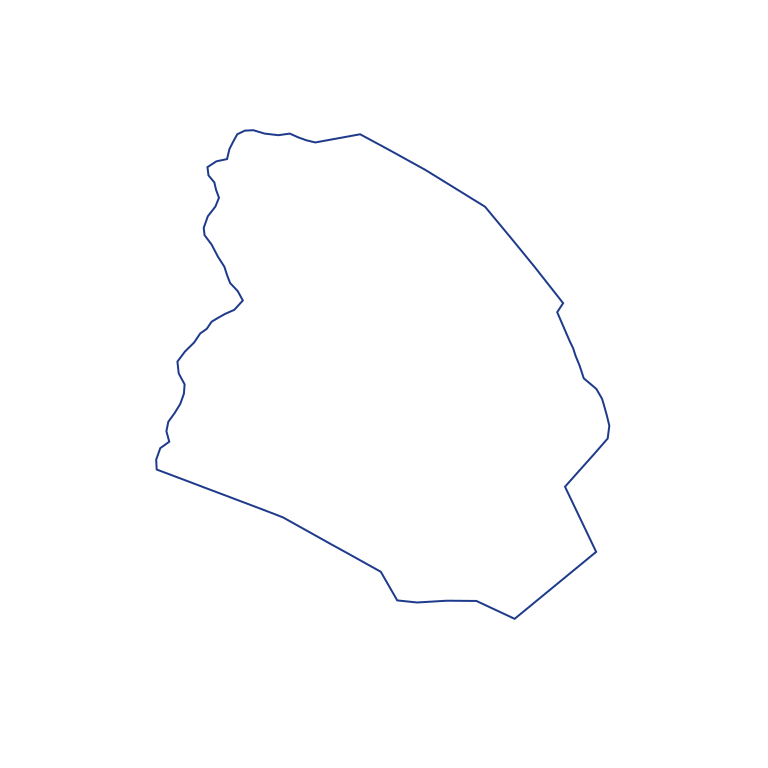 the district of Barreira, Ceará, Brazil, rotated 126°
{"feature_id": "56859067B94020950784274", "entity_name": "Barreira", "entity_type": "district", "adm_level": 2, "iso_a3": "BRA", "parent_name": "Brazil", "parent_adm1": "Ceará", "projection": "natural_earth1", "projection_center": [-38.623, -4.321], "detail": "fine", "context": "isolated", "style": "outline", "palette": "blue", "viewbox_px": 768, "rotation_deg": 126, "n_neighbors": 0, "source": "geoboundaries", "source_scale": "gbopen_adm2", "svg_char_len": 1198}
<svg xmlns="http://www.w3.org/2000/svg" viewBox="0 0 768 768"><g transform="rotate(126 384 384)"><path d="M213.3,286.6L200.6,331.5L197.1,344.8L191.5,366.1L181.2,406.4L186.5,476.4L191.8,518.9L196.0,550.1L229.0,581.6L232.4,589.9L234.8,598.1L236.8,607.4L244.8,615.7L251.6,627.8L255.5,638.9L260.8,645.5L268.2,649.5L275.5,648.6L284.6,647.2L294.3,643.2L302.4,650.5L312.3,654.3L318.4,648.6L320.6,639.8L325.7,633.9L330.3,627.0L339.5,624.7L351.9,625.1L363.7,621.6L369.1,616.6L372.5,605.5L378.6,593.2L383.0,582.0L388.2,574.9L392.8,567.8L394.8,557.0L399.4,547.3L412.0,548.7L420.9,553.9L428.1,557.2L435.0,560.1L443.5,559.8L451.1,562.4L461.9,562.0L474.6,564.1L487.3,564.3L496.1,556.3L501.5,545.1L509.4,540.2L519.9,537.1L530.9,536.3L541.3,536.3L550.1,532.3L556.9,523.8L567.4,527.3L579.2,523.8L586.8,517.6L572.8,466.5L555.9,404.7L551.3,387.4L544.7,332.3L542.8,317.3L537.8,276.2L551.3,246.1L541.3,228.8L522.4,205.8L505.2,181.7L497.2,140.3L450.4,128.1L395.1,113.7L360.7,177.2L339.6,175.1L317.9,172.9L296.6,171.0L285.3,177.2L278.5,185.2L273.8,191.1L267.9,198.7L263.2,209.2L262.0,225.7L254.0,236.8L248.6,245.6L243.9,252.0L240.2,258.9L224.1,286.1L213.3,286.6Z" fill="none" stroke="#1e3a8a" stroke-width="2"/></g></svg>